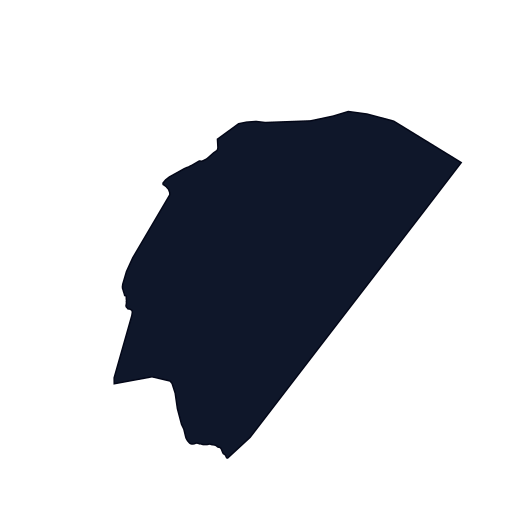 the border of Phalombe, rotated 34°
{"feature_id": "MWI-1924", "entity_name": "Phalombe", "entity_type": "District", "adm_level": 1, "iso_a3": "MWI", "parent_name": "Malawi", "parent_adm1": "", "projection": "robinson", "projection_center": [35.629, -15.702], "detail": "fine", "context": "isolated", "style": "filled", "palette": "ink", "viewbox_px": 512, "rotation_deg": 34, "n_neighbors": 0, "source": "natural_earth", "source_scale": "10m", "svg_char_len": 1807}
<svg xmlns="http://www.w3.org/2000/svg" viewBox="0 0 512 512"><g transform="rotate(34 256 256)"><path d="M373.9,63.8L370.1,126.6L363.9,225.6L359.5,295.8L352.5,409.7L345.5,439.3L345.3,439.5L344.8,439.7L344.3,439.6L343.8,439.3L342.7,438.6L341.8,438.1L340.2,438.1L339.4,438.1L338.4,437.6L335.0,435.3L333.7,434.9L332.5,435.1L331.6,435.6L330.9,435.7L329.2,435.5L328.3,435.6L327.0,436.0L324.7,437.2L323.2,437.6L322.2,438.2L321.7,438.9L320.8,439.8L317.6,441.9L316.8,442.2L315.7,442.5L315.0,442.7L314.5,443.2L312.4,443.8L311.5,444.2L310.7,444.9L310.0,446.0L309.2,446.8L308.3,447.5L307.4,448.0L306.5,448.2L305.5,448.2L302.5,447.4L300.2,446.3L299.0,445.4L293.0,439.9L288.4,437.2L276.2,426.5L265.7,414.9L257.7,408.6L254.7,407.7L237.3,414.3L209.9,441.2L206.5,436.3L186.4,374.9L185.0,371.9L184.0,370.8L183.2,370.4L182.6,370.4L182.1,370.5L181.0,370.6L179.5,371.4L179.2,371.4L178.9,371.3L177.9,370.9L177.3,370.9L176.6,370.5L176.0,369.9L175.3,368.2L174.4,366.7L173.9,366.2L173.5,365.2L172.6,364.3L171.0,362.0L170.5,361.8L170.0,361.9L169.5,362.2L169.1,362.1L168.6,361.6L167.9,361.0L167.3,360.5L166.7,360.0L166.1,359.6L164.6,358.3L163.5,357.5L162.5,356.3L161.3,353.9L157.3,341.3L154.8,326.3L150.3,253.3L149.7,252.6L149.3,252.0L148.8,251.5L147.4,250.5L146.6,249.9L146.1,249.6L143.8,249.0L143.2,248.8L142.7,248.7L140.3,248.6L139.9,248.6L139.2,248.7L138.6,248.3L138.1,247.4L138.5,243.4L140.0,238.8L147.7,223.7L149.2,221.3L149.7,220.7L150.3,220.0L151.1,218.3L152.1,216.7L155.8,209.0L156.3,208.6L157.6,208.1L158.0,207.8L158.6,207.0L159.1,206.2L160.2,204.2L160.6,203.6L161.1,202.2L163.2,194.1L164.7,190.3L164.4,188.7L163.8,187.4L158.7,180.7L167.6,156.1L173.3,150.3L180.8,144.4L189.0,140.2L225.5,113.6L241.7,96.9L251.7,84.6L268.7,76.2L294.8,67.2L373.7,63.8L373.9,63.8Z" fill="#0f172a" stroke="#020617" stroke-width="1.5"/></g></svg>